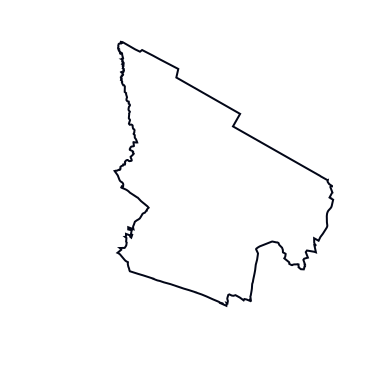 Gaviezes pag., Grobinas, Latvia (Natural Earth projection), rotated 210°
{"feature_id": "27541924B56767178281632", "entity_name": "Gaviezes pag.", "entity_type": "district", "adm_level": 2, "iso_a3": "LVA", "parent_name": "Latvia", "parent_adm1": "Grobinas", "projection": "natural_earth1", "projection_center": [21.351, 56.477], "detail": "fine", "context": "isolated", "style": "outline", "palette": "ink", "viewbox_px": 384, "rotation_deg": 210, "n_neighbors": 0, "source": "geoboundaries", "source_scale": "gbopen_adm2", "svg_char_len": 5961}
<svg xmlns="http://www.w3.org/2000/svg" viewBox="0 0 384 384"><g transform="rotate(210 192 192)"><path d="M229.6,129.6L228.5,127.7L225.0,128.7L225.0,128.4L223.8,125.0L222.4,125.1L221.8,122.1L223.0,122.3L224.2,123.4L228.2,122.7L227.4,121.4L227.1,120.6L227.2,119.9L227.5,119.7L225.8,119.4L224.2,116.0L223.3,115.6L222.3,113.1L222.2,111.9L222.4,109.9L226.5,107.4L225.8,107.3L224.4,106.6L226.1,102.1L225.1,102.2L223.2,102.0L216.9,99.7L215.3,99.2L213.8,99.1L212.4,99.2L211.6,97.5L209.8,95.5L208.3,94.3L207.0,92.9L206.2,92.3L197.5,94.2L192.5,95.4L182.3,97.6L182.3,97.4L177.9,98.1L175.3,98.9L171.2,99.7L164.8,101.4L150.9,104.2L145.6,105.5L138.6,107.0L138.6,106.9L132.4,108.1L127.2,108.8L120.2,109.5L113.9,110.3L113.0,110.3L112.6,109.9L112.0,109.9L111.2,110.1L111.2,110.5L110.5,110.6L110.1,110.8L109.7,110.8L109.6,110.3L110.2,110.3L110.4,110.1L105.3,110.6L106.2,112.8L106.6,113.1L105.6,113.2L106.4,115.5L108.0,117.1L108.3,117.7L108.6,118.8L109.1,121.1L108.4,122.0L105.8,122.2L104.3,122.8L102.7,124.4L97.7,124.5L93.1,124.0L93.1,125.5L91.0,126.2L87.5,126.7L88.1,127.5L88.1,127.8L87.0,127.8L89.2,130.7L89.4,131.8L91.2,136.7L91.8,138.2L93.9,142.5L94.3,144.5L95.2,146.9L97.1,152.7L98.2,155.8L100.4,160.9L101.8,166.0L104.1,171.8L107.8,174.4L108.0,175.0L107.3,176.7L106.2,178.7L98.0,189.0L97.6,189.3L93.6,190.6L92.9,191.0L91.7,191.1L89.9,189.8L86.2,188.8L84.4,187.3L83.2,185.4L83.0,185.2L80.2,185.3L79.9,185.2L78.9,182.6L78.9,180.7L72.7,179.7L71.8,178.4L69.2,178.5L68.5,178.9L68.2,179.6L67.4,180.3L64.5,182.1L64.3,182.4L63.6,182.5L63.6,182.1L62.4,181.0L62.1,180.1L59.1,179.6L56.5,180.9L56.7,182.0L57.2,183.1L57.2,183.5L56.9,184.0L58.1,185.3L59.0,186.6L58.9,186.6L61.6,188.9L61.5,190.3L60.4,191.5L58.8,193.1L63.4,196.8L63.2,198.8L56.1,201.4L54.5,201.7L59.4,207.1L58.4,207.5L58.4,207.8L59.9,208.4L60.8,209.2L63.1,213.0L58.0,213.1L58.3,217.2L57.8,221.2L57.5,228.2L57.6,229.4L57.8,230.1L58.1,230.7L60.0,233.2L63.2,238.5L64.0,240.3L64.3,241.1L64.6,242.8L64.6,243.6L64.5,244.5L63.9,247.2L63.8,248.5L64.0,249.7L65.9,255.9L68.5,255.9L68.5,256.1L70.1,256.0L70.3,261.4L70.1,261.7L74.7,265.5L74.6,266.4L74.3,266.8L73.7,267.0L73.9,267.3L75.3,267.3L76.8,267.4L76.8,267.5L77.6,267.7L78.8,268.2L79.8,268.8L80.3,270.1L80.5,269.8L80.9,270.0L88.4,269.9L88.9,270.0L189.3,269.3L189.4,283.7L262.8,283.3L265.4,291.7L286.0,290.8L293.9,290.6L306.2,290.0L307.2,287.5L312.5,287.1L326.6,287.1L327.2,287.0L327.0,286.4L327.0,286.2L327.5,286.0L328.2,286.5L328.7,286.4L328.6,286.0L328.4,285.6L327.7,285.5L327.5,285.4L327.6,285.2L328.6,284.7L329.4,283.8L329.5,283.4L329.3,283.0L329.2,282.2L328.7,281.4L328.4,281.1L328.2,280.1L328.1,279.9L327.3,279.6L327.6,279.4L327.6,279.2L326.5,278.4L326.4,278.2L325.6,278.1L325.4,277.5L325.2,277.4L324.0,277.4L323.7,277.1L323.8,276.4L323.5,276.0L322.9,276.0L322.5,276.6L322.3,277.2L322.1,277.2L321.9,277.1L321.6,276.6L320.7,275.5L318.7,273.5L318.8,273.4L318.7,273.1L319.1,272.8L319.2,272.6L318.5,272.6L318.4,272.3L319.1,271.8L318.6,271.8L317.9,271.4L317.8,270.8L318.0,270.7L317.7,270.1L317.3,270.0L317.1,270.2L316.7,270.2L315.7,269.6L315.5,269.2L315.8,269.1L316.0,269.2L316.3,269.0L316.1,268.8L316.1,268.6L316.3,268.4L316.4,267.9L316.0,267.9L315.8,268.1L315.4,268.3L315.1,268.1L314.5,267.1L315.0,266.9L315.1,266.7L314.8,266.2L314.5,265.9L313.9,265.2L313.8,264.8L313.5,264.6L313.6,264.4L313.3,264.3L312.9,264.6L312.6,264.5L312.5,264.4L312.6,264.0L311.6,263.1L311.5,262.8L311.6,262.6L312.0,262.2L311.4,261.5L311.5,261.0L311.7,260.9L312.5,260.6L313.2,260.6L313.3,260.4L313.0,260.3L312.0,260.2L311.1,259.7L310.4,259.2L310.5,258.8L310.4,258.7L311.0,257.9L310.5,257.5L310.5,257.4L310.7,256.9L310.9,256.7L310.9,256.4L310.8,256.1L311.0,255.8L310.9,255.6L309.9,255.4L309.4,254.8L309.3,254.6L309.7,254.2L309.2,253.8L309.4,253.6L309.4,253.4L308.5,253.3L308.0,252.9L307.9,252.7L307.5,252.5L307.4,252.2L307.5,251.9L306.5,251.0L304.9,250.1L304.6,250.4L304.4,250.5L303.2,250.0L302.9,249.8L300.3,245.0L298.5,244.7L298.2,244.0L296.9,242.7L296.3,242.2L295.6,241.5L295.4,240.3L294.8,238.9L293.5,238.3L292.7,238.4L292.1,238.7L291.9,238.6L291.6,238.3L291.1,237.0L290.9,236.8L290.0,236.8L289.2,236.3L289.0,235.7L289.2,234.6L289.2,234.3L288.8,233.0L288.3,231.8L287.5,231.0L286.2,230.6L285.9,230.4L285.7,228.4L285.3,228.0L283.7,224.5L283.4,224.1L283.0,223.9L282.1,223.7L281.6,223.2L280.8,219.6L280.7,219.5L280.1,219.4L279.6,219.1L279.4,219.2L278.5,219.9L278.1,220.1L277.2,220.1L276.7,219.9L275.8,218.6L274.9,217.6L274.4,217.3L273.3,217.3L272.6,216.7L272.3,215.8L271.8,214.9L271.7,213.7L271.7,213.3L271.6,213.1L271.2,212.9L270.7,213.0L270.3,212.8L269.7,212.2L269.1,211.0L268.6,210.4L266.8,209.6L264.3,207.6L264.2,207.5L264.8,207.1L266.5,206.3L267.4,206.1L267.6,205.8L265.9,203.6L265.7,203.2L265.4,203.0L265.3,202.7L265.7,202.2L267.0,201.2L267.3,200.8L267.5,199.9L267.4,198.8L267.2,198.2L267.3,198.0L267.0,197.5L266.7,197.4L264.1,197.7L263.6,197.6L263.2,197.5L263.1,196.8L262.8,196.4L262.1,196.4L261.6,196.1L261.6,195.7L262.0,194.1L262.2,193.6L262.4,192.5L262.7,192.2L262.8,191.9L262.1,191.0L260.7,190.1L260.5,189.7L260.0,189.2L260.0,188.9L260.2,188.6L261.0,187.9L261.5,187.5L262.4,187.3L263.6,187.6L264.0,187.4L264.4,187.0L264.8,186.4L265.1,185.2L265.1,184.4L265.0,184.2L264.3,183.6L263.8,182.2L264.1,181.9L265.3,181.6L265.3,181.0L265.0,180.5L265.0,180.3L265.3,180.1L266.0,179.3L266.5,178.0L266.2,177.5L266.0,176.6L265.5,176.3L265.6,175.0L265.9,174.8L266.4,174.7L266.8,174.3L267.2,173.5L267.4,173.2L268.4,172.5L268.6,172.4L269.5,171.5L264.5,169.2L261.7,166.9L260.8,166.2L259.7,165.6L258.7,165.4L257.3,165.4L256.0,164.9L255.1,163.9L254.7,162.7L254.4,162.3L254.4,161.9L255.6,161.8L255.5,160.6L254.9,160.7L254.6,160.5L253.1,160.8L249.8,161.1L247.4,160.9L245.5,160.4L236.9,159.9L236.2,160.0L231.5,158.6L223.4,157.3L221.7,156.7L222.1,155.1L222.3,154.2L222.1,153.6L221.8,153.3L222.3,152.5L222.4,150.7L223.5,149.2L223.9,148.4L223.9,145.0L224.0,143.0L224.6,141.6L225.6,139.9L226.6,137.7L226.0,134.7L225.8,132.9L225.3,131.8L224.1,130.5L229.6,129.6Z" fill="none" stroke="#020617" stroke-width="2"/></g></svg>